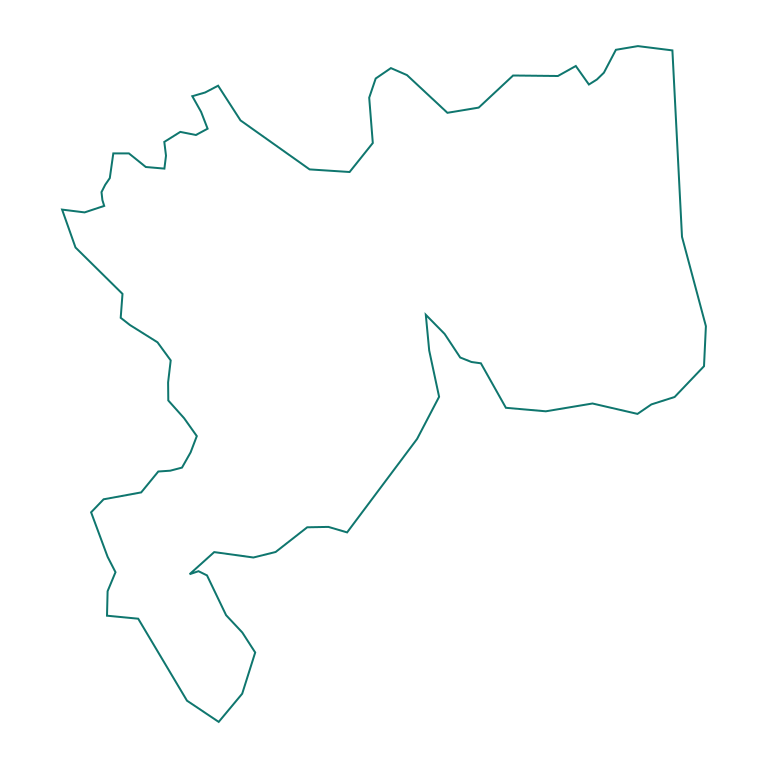 SVG path tracing the border of Mahanuvara
{"feature_id": "LKA-2448", "entity_name": "Mahanuvara", "entity_type": "District", "adm_level": 1, "iso_a3": "LKA", "parent_name": "Sri Lanka", "parent_adm1": "", "projection": "robinson", "projection_center": [80.641, 7.216], "detail": "fine", "context": "isolated", "style": "outline", "palette": "teal", "viewbox_px": 768, "rotation_deg": 0, "n_neighbors": 0, "source": "natural_earth", "source_scale": "10m", "svg_char_len": 1235}
<svg xmlns="http://www.w3.org/2000/svg" viewBox="0 0 768 768"><path d="M107.0,615.7L107.6,591.2L115.5,572.2L107.6,556.8L91.1,512.3L103.6,499.3L141.2,492.4L158.3,471.5L170.2,470.7L182.0,467.6L190.6,452.4L196.8,436.1L184.1,418.2L168.3,400.5L168.1,382.4L170.7,360.4L157.5,342.3L129.9,325.0L120.7,317.8L122.5,293.9L75.5,247.5L62.1,209.6L84.6,212.4L104.2,205.9L102.4,200.1L101.5,192.1L105.2,184.8L109.8,178.1L113.3,153.4L128.9,153.4L145.8,167.0L164.4,168.6L166.0,155.7L164.3,141.9L180.3,131.9L195.9,135.0L207.6,128.7L201.1,111.9L192.3,96.2L205.1,92.5L218.1,85.7L240.5,120.4L309.6,169.4L349.6,172.0L372.8,143.0L369.2,97.7L375.7,78.5L390.9,68.1L407.0,75.1L447.4,112.8L478.7,107.6L513.1,75.5L557.9,76.0L575.8,66.0L588.9,84.5L596.9,79.5L603.9,72.7L615.9,49.8L637.9,46.1L672.4,50.4L682.0,236.8L705.9,326.2L704.0,366.2L674.6,397.0L651.4,404.4L637.5,413.9L592.5,403.5L545.8,411.3L505.9,407.8L480.9,363.3L471.5,362.0L460.2,357.5L444.6,333.9L425.8,314.8L429.2,350.5L439.1,396.8L417.1,438.9L347.1,532.4L328.4,526.9L307.2,527.3L275.6,552.0L253.4,557.5L214.2,552.1L189.6,574.2L198.5,571.2L207.0,575.4L226.1,615.2L242.3,632.5L255.2,652.5L242.2,693.7L218.7,721.9L187.0,700.7L138.2,618.7L107.0,615.7Z" fill="none" stroke="#0f766e" stroke-width="2"/></svg>